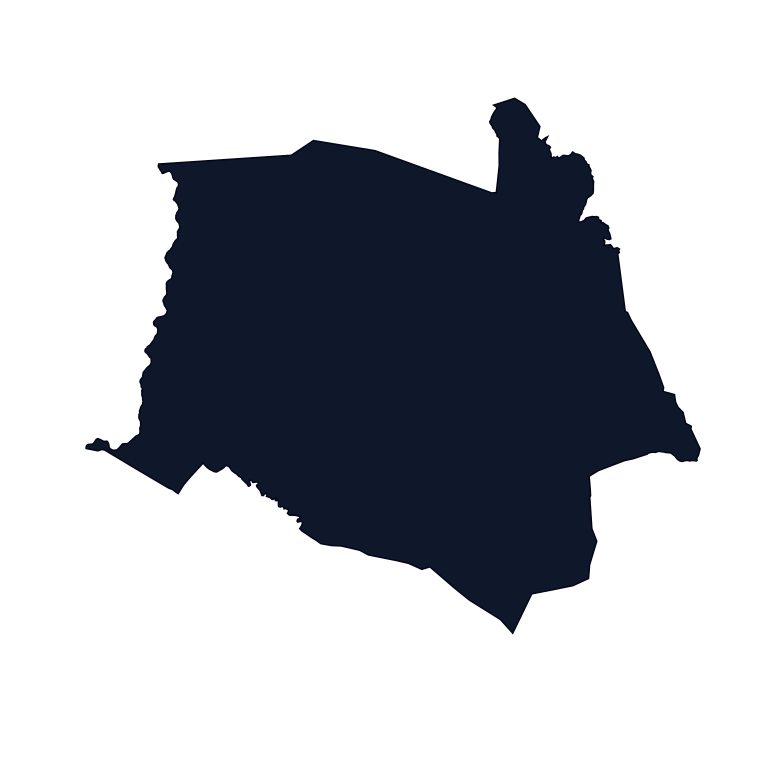 outline of Santa María Zacatepec, Oaxaca, Mexico, rotated 352°
{"feature_id": "50627088B32232692879146", "entity_name": "Santa María Zacatepec", "entity_type": "district", "adm_level": 2, "iso_a3": "MEX", "parent_name": "Mexico", "parent_adm1": "Oaxaca", "projection": "mercator", "projection_center": [-98.002, 16.768], "detail": "fine", "context": "isolated", "style": "filled", "palette": "ink", "viewbox_px": 768, "rotation_deg": 352, "n_neighbors": 0, "source": "geoboundaries", "source_scale": "gbopen_adm2", "svg_char_len": 6150}
<svg xmlns="http://www.w3.org/2000/svg" viewBox="0 0 768 768"><g transform="rotate(352 384 384)"><path d="M80.0,406.4L91.2,410.3L93.0,410.1L94.6,409.6L97.2,410.1L98.3,410.6L129.1,435.5L156.3,457.1L159.8,459.0L163.3,462.6L164.9,463.9L170.6,457.1L172.5,455.1L178.8,449.5L194.0,437.0L195.0,439.0L197.3,442.1L199.9,444.6L204.1,447.4L206.2,447.8L212.3,445.3L213.9,444.4L215.8,442.8L217.0,443.0L218.8,444.0L219.9,445.7L221.2,448.6L223.8,451.2L225.8,452.9L226.6,453.7L226.4,453.9L227.4,455.2L229.7,456.9L230.2,458.5L234.7,464.4L235.4,466.2L236.4,466.4L237.6,465.5L237.8,464.7L237.4,463.6L237.3,462.7L237.4,461.0L237.7,460.6L239.8,461.4L240.2,462.3L240.2,462.9L240.6,463.3L244.5,463.3L246.1,464.6L245.6,465.5L243.7,466.6L243.7,467.8L246.6,472.6L247.6,477.4L248.7,477.7L249.1,477.6L251.4,475.3L252.8,477.9L252.0,478.9L255.8,480.8L256.7,482.4L257.9,482.9L261.3,481.7L260.6,483.1L260.3,484.3L261.2,484.6L262.5,484.2L263.0,485.3L263.1,486.6L262.8,487.2L262.6,490.3L262.6,490.6L264.2,491.4L265.9,491.2L267.4,491.5L267.7,493.7L268.4,493.3L270.7,494.5L271.7,494.4L271.6,497.1L270.4,498.6L272.1,500.7L278.1,501.8L281.6,503.2L282.2,504.8L281.9,505.8L281.5,505.9L280.3,505.7L279.7,505.9L279.2,506.8L278.8,507.8L279.5,508.8L281.0,508.5L282.8,508.6L284.0,509.1L284.2,509.5L282.9,512.6L280.4,515.5L281.5,516.8L282.0,517.8L291.0,526.0L295.4,529.6L299.2,533.3L309.3,536.6L318.9,538.4L336.7,545.2L344.8,551.1L371.3,560.4L383.3,565.0L395.7,572.8L404.0,571.5L425.3,595.8L438.7,610.1L466.6,633.5L476.8,648.7L501.1,612.4L543.0,610.0L559.5,605.0L562.4,591.8L572.8,569.3L569.7,556.3L572.0,524.8L573.0,523.5L573.6,516.9L574.3,503.9L584.2,499.6L611.7,493.3L620.3,492.7L634.9,490.1L635.7,489.4L638.8,488.9L640.9,489.0L643.4,489.5L646.6,488.9L651.6,490.3L654.2,491.3L657.2,491.8L658.5,492.4L659.7,493.4L660.7,494.6L661.7,495.4L663.9,499.1L665.3,500.6L666.3,501.4L668.3,502.2L669.6,502.2L670.7,501.7L671.7,501.9L673.2,501.9L674.9,502.2L675.9,502.8L677.1,502.6L679.7,502.9L682.8,503.7L683.4,503.3L683.3,502.6L683.7,500.8L684.6,499.3L685.3,498.8L686.0,497.0L688.0,492.2L681.6,471.3L682.4,468.6L677.3,465.0L676.2,453.7L672.0,448.1L670.2,442.6L670.2,434.9L659.2,430.2L660.4,426.5L657.7,413.3L651.9,389.2L637.6,355.2L635.1,347.1L633.0,345.8L633.6,287.5L635.3,286.6L634.9,284.7L636.0,283.1L633.8,281.5L630.1,282.0L628.7,279.2L627.6,277.5L624.9,277.5L621.3,277.2L622.0,275.4L622.5,273.2L621.2,271.3L622.8,270.2L625.5,271.8L627.3,272.3L628.9,271.8L628.3,266.0L627.6,264.1L627.2,262.3L628.3,260.9L627.8,258.6L625.3,256.7L623.5,254.7L621.5,254.6L621.8,252.4L619.5,251.2L619.5,248.7L617.4,247.7L615.6,247.7L613.4,247.1L607.4,247.7L605.1,249.8L602.0,250.9L599.3,250.9L599.7,248.3L600.8,246.4L601.4,244.7L603.4,242.9L604.5,239.7L605.9,238.3L606.4,236.6L608.3,234.6L609.3,232.5L610.2,229.8L611.4,227.8L613.4,227.1L615.3,226.0L617.5,224.3L618.3,221.4L619.2,215.0L619.8,212.7L618.8,209.6L619.7,207.6L618.0,205.9L617.9,203.5L618.7,201.6L618.3,199.7L617.4,197.7L617.4,195.5L615.5,194.3L614.9,191.9L613.6,190.4L613.4,188.0L610.3,184.8L608.0,183.5L605.3,182.5L603.1,180.5L601.3,182.3L599.3,183.6L597.6,183.7L595.7,183.0L593.1,182.5L588.6,184.9L587.3,182.8L585.4,183.8L583.7,182.8L581.1,184.0L581.4,178.9L580.2,174.7L581.8,172.7L580.5,171.0L578.2,169.8L577.3,168.1L577.3,166.3L580.4,161.9L578.3,162.6L575.8,163.9L574.0,165.3L570.1,161.3L574.2,150.7L562.7,127.1L553.1,119.3L531.4,123.1L534.5,126.0L533.3,127.8L532.4,128.4L532.0,129.1L531.2,129.8L529.1,132.6L527.7,134.6L526.5,137.6L525.3,138.7L525.3,139.8L525.6,141.0L527.0,143.6L527.2,145.4L529.3,148.5L529.5,150.1L530.4,151.7L530.6,152.6L530.4,154.2L531.9,155.7L532.7,157.4L530.1,171.6L528.5,183.7L521.9,210.0L517.3,209.8L407.6,151.7L348.0,133.1L324.1,144.6L191.4,134.8L190.7,137.3L191.6,139.3L192.2,141.0L192.5,141.2L193.7,144.5L194.3,144.7L195.0,144.6L198.6,143.5L200.6,143.3L201.8,143.7L203.1,145.9L203.6,148.5L203.7,150.6L204.3,152.0L208.0,155.2L208.4,157.6L208.1,158.8L208.1,159.2L206.3,161.1L204.9,164.1L204.5,165.7L203.8,167.0L203.0,169.1L201.7,170.8L201.1,172.0L201.3,172.5L202.0,172.8L203.5,174.9L204.7,177.1L205.2,179.4L205.4,181.1L205.6,181.4L205.3,182.4L204.4,183.8L202.6,185.7L202.5,186.5L201.5,187.8L200.9,191.0L201.1,192.2L201.9,194.1L203.3,196.1L203.8,199.8L203.0,201.6L200.9,204.1L200.6,204.7L200.6,207.1L200.2,207.8L200.3,208.4L200.0,211.1L197.7,212.7L196.9,213.4L196.5,214.1L195.4,215.2L194.3,217.0L193.8,218.4L192.6,219.7L190.5,221.8L188.7,222.7L188.6,223.1L187.3,223.9L186.7,225.1L184.7,228.5L184.7,228.9L185.5,229.3L184.9,230.5L185.1,231.1L185.4,232.3L186.4,234.3L187.0,234.9L188.3,239.4L189.6,240.5L190.5,242.1L190.6,244.6L189.0,247.7L188.7,249.5L187.4,250.6L186.4,250.9L184.3,252.0L182.7,253.6L182.3,255.4L182.4,256.5L182.0,258.0L181.8,259.7L181.7,264.0L180.8,265.8L178.7,267.4L178.3,268.1L178.0,268.8L177.1,269.6L176.7,271.4L177.2,273.0L177.3,274.3L177.6,275.9L178.7,278.0L179.1,279.6L179.8,281.0L178.4,283.9L175.8,285.9L171.3,286.4L169.6,286.4L168.5,286.8L168.1,287.0L167.6,287.7L164.7,290.2L164.3,291.2L164.3,293.4L164.9,293.9L165.1,294.4L166.4,295.4L167.3,296.5L167.6,298.2L167.6,299.1L166.8,301.9L165.7,303.9L164.9,304.0L164.1,304.9L162.9,306.7L162.5,307.9L157.3,313.1L155.1,313.9L154.6,314.5L154.4,315.3L152.7,316.2L152.0,317.3L151.9,318.7L152.2,319.2L153.4,320.5L154.9,323.1L155.7,324.9L156.5,325.4L157.0,326.4L156.4,330.8L155.0,332.7L152.1,334.5L147.3,338.9L146.2,342.2L146.1,343.2L143.4,346.0L142.8,347.2L142.7,348.3L143.4,350.7L143.2,352.9L143.7,354.0L144.1,355.5L143.2,356.8L143.0,359.6L142.8,360.2L142.7,362.0L143.1,363.4L142.9,365.6L143.0,368.4L142.4,368.8L142.4,370.1L140.2,372.6L138.2,376.6L137.9,379.5L137.3,379.8L137.0,380.6L137.0,381.4L136.6,382.8L136.8,384.8L137.3,385.8L137.7,387.3L137.4,391.0L136.0,393.9L136.0,394.9L135.8,397.3L135.4,398.8L134.8,399.8L134.3,400.1L132.3,400.7L131.7,400.7L122.6,406.9L121.4,407.3L120.3,407.3L119.5,407.0L116.6,407.0L112.7,410.5L110.3,412.1L106.6,412.0L103.8,410.1L103.2,408.8L102.9,407.4L103.1,406.3L102.9,404.7L102.5,403.3L101.9,402.3L101.4,402.0L99.7,402.0L98.4,401.7L97.7,401.3L95.3,399.5L94.6,399.2L93.5,398.4L92.2,398.4L91.2,398.9L88.4,402.1L86.9,403.0L83.2,402.7L82.3,402.8L81.2,403.4L80.4,404.3L80.0,406.4Z" fill="#0f172a" stroke="#020617" stroke-width="1.5"/></g></svg>